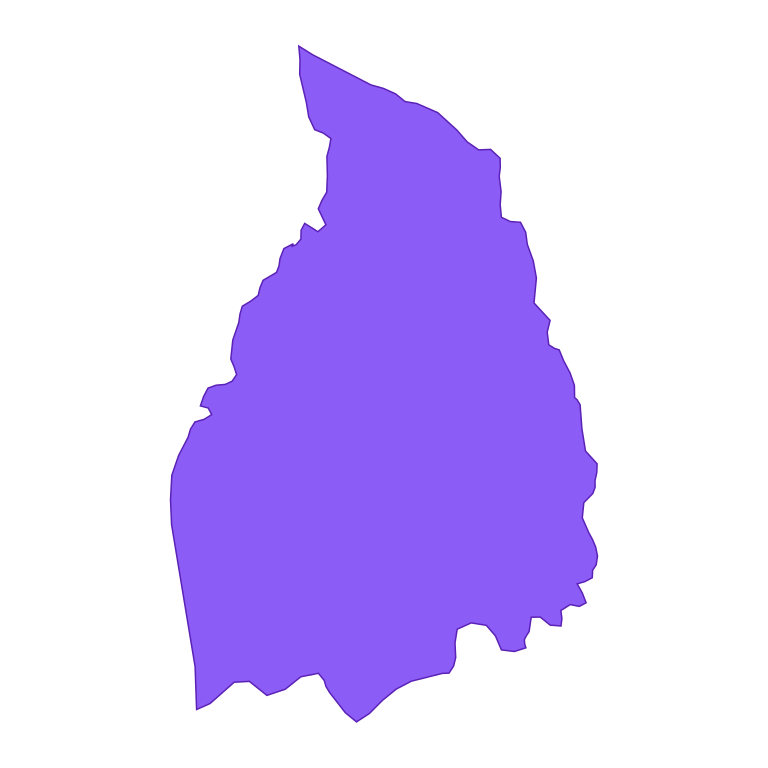 the border of Kuruṇægala
{"feature_id": "LKA-2461", "entity_name": "Kuruṇægala", "entity_type": "District", "adm_level": 1, "iso_a3": "LKA", "parent_name": "Sri Lanka", "parent_adm1": "", "projection": "robinson", "projection_center": [80.272, 7.727], "detail": "fine", "context": "isolated", "style": "filled", "palette": "violet", "viewbox_px": 768, "rotation_deg": 0, "n_neighbors": 0, "source": "natural_earth", "source_scale": "10m", "svg_char_len": 1949}
<svg xmlns="http://www.w3.org/2000/svg" viewBox="0 0 768 768"><path d="M501.4,649.9L495.5,636.0L486.3,625.3L471.2,622.9L457.2,629.2L455.0,642.9L455.7,657.6L453.6,666.1L449.0,673.1L442.3,673.4L411.3,681.2L396.4,689.0L382.5,700.3L369.4,713.5L356.5,721.9L345.4,712.8L329.6,692.5L326.0,686.5L324.2,680.4L318.4,673.3L300.8,676.8L285.3,689.2L266.9,695.4L249.4,681.4L234.2,682.2L210.1,703.5L196.6,709.5L195.1,666.7L171.6,524.8L170.5,500.0L171.8,475.3L178.6,455.5L188.1,437.2L190.5,429.1L195.0,421.9L204.2,419.3L211.7,414.6L208.2,408.0L200.4,405.9L203.6,396.5L208.0,388.1L216.1,385.2L225.3,384.4L232.1,381.2L236.6,374.6L234.2,367.0L230.8,359.0L232.8,340.0L238.8,322.5L240.0,314.0L242.3,306.2L250.5,301.3L258.2,295.4L260.0,287.7L263.1,280.3L276.5,272.4L279.0,265.9L280.0,258.6L283.9,248.6L293.3,243.7L292.5,244.9L292.1,246.2L296.1,244.8L300.9,239.1L301.1,230.3L304.7,223.4L317.9,231.7L325.9,224.8L318.3,208.8L321.9,200.4L326.7,192.2L327.4,175.9L326.9,156.5L329.4,147.1L330.9,138.5L323.3,133.1L314.7,129.7L308.7,116.8L306.4,102.7L299.7,74.3L300.0,59.8L298.8,46.1L312.5,54.7L370.9,84.9L383.4,88.4L395.6,93.9L405.1,101.6L416.8,103.5L437.8,112.7L456.9,130.1L467.2,141.9L478.7,149.9L490.6,149.4L500.1,158.3L500.3,167.3L499.2,176.3L501.1,191.7L500.2,204.8L501.4,217.3L510.2,221.5L520.5,222.3L525.7,232.3L527.3,244.3L533.3,261.0L536.4,278.0L534.0,303.0L550.1,320.4L547.2,332.2L548.8,344.8L554.5,348.4L559.2,349.9L563.8,361.1L570.1,373.0L574.4,385.3L574.6,397.7L576.9,399.5L580.1,404.7L581.9,428.7L585.5,451.0L597.1,463.8L596.8,472.3L595.0,480.8L595.1,487.3L592.8,493.5L583.8,502.7L582.3,517.9L588.6,532.3L592.5,539.5L595.7,547.1L597.5,556.1L596.2,564.8L592.6,570.3L592.3,577.7L584.7,581.7L577.2,583.8L582.3,593.0L586.1,602.8L579.3,606.4L570.2,604.6L560.9,610.5L561.9,618.5L561.0,626.0L550.1,625.1L540.3,617.1L531.2,617.2L529.1,631.6L526.5,635.5L524.3,639.7L524.8,644.4L525.9,647.8L514.5,651.5L501.4,649.9Z" fill="#8b5cf6" stroke="#5b21b6" stroke-width="1.5"/></svg>